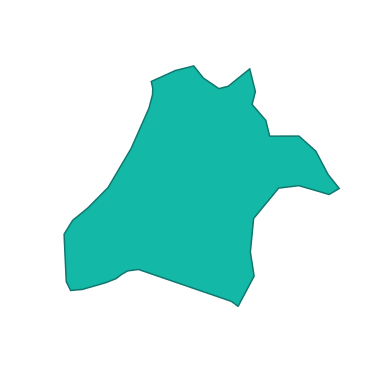 the border of Kačanik, rotated 76°
{"feature_id": "KOS-5915", "entity_name": "Kačanik", "entity_type": "District", "adm_level": 1, "iso_a3": "XKX", "parent_name": "Kosovo", "parent_adm1": "", "projection": "orthographic", "projection_center": [21.226, 42.206], "detail": "fine", "context": "isolated", "style": "filled", "palette": "teal", "viewbox_px": 384, "rotation_deg": 76, "n_neighbors": 0, "source": "natural_earth", "source_scale": "10m", "svg_char_len": 683}
<svg xmlns="http://www.w3.org/2000/svg" viewBox="0 0 384 384"><g transform="rotate(76 192 192)"><path d="M313.9,175.1L307.7,180.2L254.2,262.7L253.0,273.6L254.9,280.2L257.7,286.8L259.1,297.3L260.0,322.3L259.5,325.0L258.2,333.6L248.6,335.7L209.2,327.8L202.0,326.3L194.2,318.4L190.7,314.7L182.3,297.0L167.4,272.4L135.0,240.5L100.3,213.5L88.1,206.8L82.0,205.0L74.9,204.8L70.1,178.8L70.1,159.8L84.1,153.5L98.2,140.9L98.2,131.4L86.5,106.2L109.9,106.2L121.6,112.5L140.3,103.1L156.6,103.1L163.6,74.7L182.3,62.0L208.0,55.7L224.2,48.3L227.6,59.6L211.7,86.7L209.2,107.0L232.6,138.6L264.4,149.9L288.7,152.1L313.7,174.6L313.9,175.1Z" fill="#14b8a6" stroke="#0f766e" stroke-width="1.5"/></g></svg>